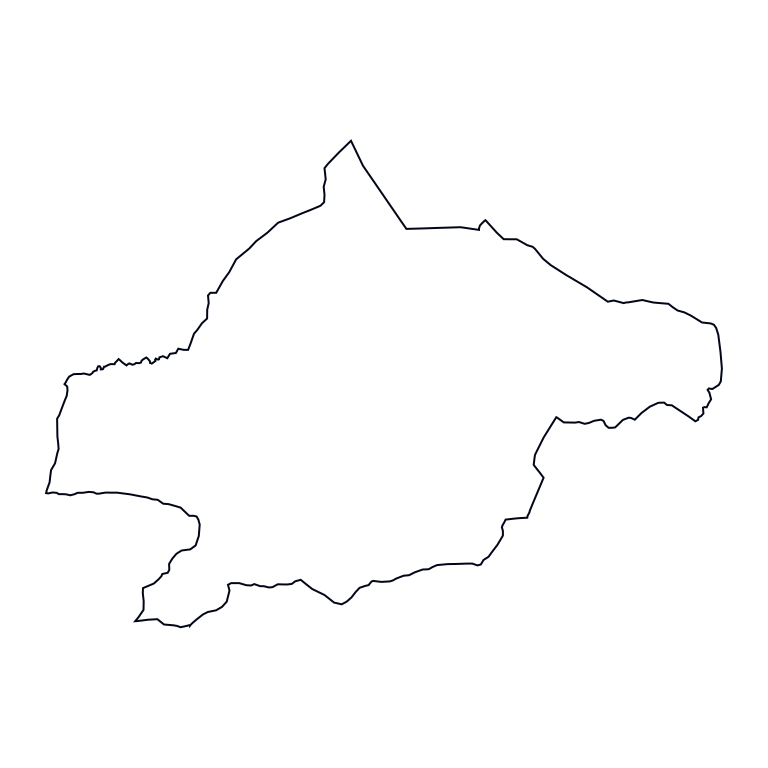 Jeadepo, River Gee, Liberia
{"feature_id": "62588387B74933582499482", "entity_name": "Jeadepo", "entity_type": "district", "adm_level": 2, "iso_a3": "LBR", "parent_name": "Liberia", "parent_adm1": "River Gee", "projection": "orthographic", "projection_center": [-8.425, 5.368], "detail": "fine", "context": "isolated", "style": "outline", "palette": "ink", "viewbox_px": 768, "rotation_deg": 0, "n_neighbors": 0, "source": "geoboundaries", "source_scale": "gbopen_adm2", "svg_char_len": 4445}
<svg xmlns="http://www.w3.org/2000/svg" viewBox="0 0 768 768"><path d="M529.6,512.0L529.7,511.0L532.9,503.2L543.6,477.7L542.5,476.3L541.8,475.3L533.7,464.9L534.6,457.4L535.0,454.9L536.4,452.0L543.7,437.4L556.3,417.2L556.8,417.4L563.8,422.4L574.7,422.6L575.4,422.6L578.9,422.0L584.6,423.8L586.4,423.5L589.3,422.8L594.1,420.8L600.9,419.7L603.4,420.8L603.6,421.1L605.6,425.2L608.6,427.8L611.9,427.8L615.2,427.4L622.9,419.9L628.6,417.7L630.8,417.9L634.3,419.4L634.8,419.7L635.8,418.7L636.6,417.9L641.6,412.9L649.8,406.7L658.3,402.8L664.1,402.6L667.0,405.0L671.8,405.3L675.1,407.5L688.7,416.5L694.0,420.3L695.3,421.3L696.3,420.8L698.1,419.8L698.5,417.4L701.2,416.0L703.4,413.5L703.0,407.7L704.3,407.1L706.7,407.3L708.0,404.6L708.6,403.3L711.1,399.3L709.4,392.7L707.6,389.9L708.8,388.5L712.4,389.0L718.8,384.9L720.8,381.4L721.9,368.6L720.5,352.1L718.3,334.8L716.2,328.1L715.1,326.4L714.8,326.1L713.9,324.7L710.5,323.4L702.0,322.5L690.9,315.6L684.4,312.4L677.6,310.5L675.4,309.0L672.9,307.3L668.4,303.8L656.5,302.8L653.3,302.5L647.9,301.3L642.4,300.0L628.0,302.4L626.5,302.4L623.6,303.1L620.6,302.3L613.8,300.5L611.8,300.9L607.8,301.7L587.1,287.4L566.3,275.1L550.8,265.2L543.0,258.7L535.2,249.1L532.7,246.8L527.3,245.2L516.8,239.3L503.7,239.2L496.9,232.8L492.3,227.7L486.4,221.2L485.4,220.2L484.1,221.2L482.7,222.6L480.0,225.4L479.0,228.3L479.0,229.9L464.0,227.7L460.4,227.2L445.3,227.7L438.0,227.9L424.1,228.4L406.4,228.9L401.2,221.4L371.2,177.7L363.0,165.8L351.0,140.8L339.2,152.2L338.6,152.8L328.0,163.8L324.5,168.2L325.7,179.3L323.7,186.8L324.5,194.7L324.1,202.2L320.5,205.7L319.9,206.0L311.1,209.7L301.3,213.6L289.9,218.4L278.1,222.7L267.5,232.6L256.1,241.2L249.4,248.4L236.8,258.8L236.1,259.4L233.0,265.2L229.2,272.2L222.9,280.9L216.2,292.8L210.3,292.8L208.0,295.5L208.7,303.1L207.2,309.8L207.1,318.5L202.0,323.2L197.3,329.9L194.0,333.7L190.4,344.0L189.9,345.3L188.1,349.9L183.8,349.9L178.3,348.7L175.9,353.0L170.0,353.8L167.3,358.2L162.9,356.2L159.4,357.4L159.0,359.3L158.0,359.6L155.8,358.6L155.1,359.8L155.5,360.9L151.8,363.6L150.1,363.0L150.0,361.4L147.9,358.8L146.3,357.5L143.1,359.4L141.6,360.7L141.0,362.5L139.4,363.1L138.1,363.1L136.0,363.0L134.2,364.3L132.3,364.7L129.4,363.4L128.0,364.1L126.5,365.4L122.8,362.8L119.3,359.6L118.6,359.1L116.7,361.2L115.1,362.8L114.6,364.2L112.8,364.1L110.4,364.1L107.8,365.2L105.0,366.7L104.1,366.7L103.0,369.1L102.1,369.4L100.8,369.4L100.8,367.8L99.6,366.2L98.2,366.3L97.4,367.8L96.7,370.4L94.7,370.9L92.9,372.0L92.4,373.1L89.8,374.9L83.8,373.5L80.9,374.0L76.7,374.0L73.5,374.2L69.2,376.6L67.2,379.5L65.6,382.6L64.5,384.1L67.2,386.5L67.5,390.2L66.7,395.9L65.0,399.9L62.4,406.7L59.2,415.3L57.1,418.7L57.4,436.6L58.2,443.5L58.6,449.0L57.3,453.2L55.8,460.0L55.0,463.4L51.1,470.0L50.4,475.0L49.6,482.3L46.7,490.4L46.1,493.1L48.3,493.4L52.4,492.5L56.7,492.8L58.7,494.1L62.1,494.1L65.9,494.3L66.4,494.4L70.3,495.3L74.8,494.1L77.5,492.8L79.8,492.8L82.7,492.8L88.8,491.9L93.6,492.3L96.5,493.7L98.8,493.7L105.3,492.6L117.4,492.7L129.9,494.3L140.8,496.4L147.3,497.5L152.5,499.3L157.7,499.8L163.2,503.7L168.4,504.1L174.2,505.7L180.6,507.6L185.8,512.6L189.2,515.8L193.7,515.8L196.6,516.5L198.4,519.7L199.7,524.6L198.8,536.0L195.6,545.5L190.2,549.4L181.6,550.5L177.5,553.1L176.3,553.9L172.3,558.7L169.1,563.9L169.3,569.9L167.7,572.8L162.3,574.0L161.4,576.2L158.7,579.2L153.9,583.5L148.5,585.8L143.0,588.1L142.8,593.1L143.7,601.3L143.5,609.9L138.5,617.2L135.2,621.2L136.9,621.1L148.4,619.7L157.4,619.2L164.0,624.5L173.4,625.3L177.0,625.9L180.4,627.2L184.0,626.5L189.8,625.1L189.9,625.8L191.2,624.2L193.6,622.0L196.3,619.7L202.9,614.5L207.8,612.0L216.1,610.3L221.3,607.3L222.1,606.8L226.7,601.7L229.5,590.6L228.0,584.8L231.2,583.1L239.1,583.1L246.3,585.2L251.0,585.5L254.3,584.1L260.3,586.2L263.9,586.2L269.0,587.5L272.6,587.1L277.7,584.3L286.7,584.5L290.4,584.1L291.8,583.9L295.2,581.3L300.7,579.8L306.0,584.1L312.2,589.0L324.5,595.0L334.1,602.6L341.7,604.3L346.6,601.7L351.5,597.4L355.4,592.3L359.6,587.8L365.2,585.9L368.6,585.1L371.3,581.7L373.0,580.9L381.4,581.9L389.8,581.4L393.0,580.4L396.3,578.5L403.7,575.7L409.1,575.2L414.6,572.4L422.7,569.5L425.8,569.4L428.8,569.2L432.4,567.1L437.0,565.1L447.7,564.1L455.1,564.0L466.9,563.6L472.4,563.6L474.3,564.3L477.5,565.4L480.8,564.5L483.5,560.0L488.5,556.8L492.8,550.9L497.4,544.9L502.9,535.6L502.9,530.9L501.9,527.3L502.5,525.4L504.4,522.1L505.6,519.6L513.5,518.7L518.5,518.2L527.3,517.7L527.5,516.1L529.6,512.0Z" fill="none" stroke="#020617" stroke-width="2"/></svg>